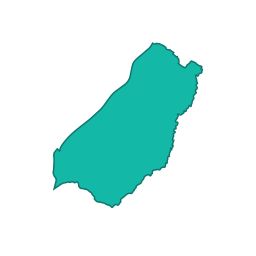 outline of Cornu, Prahova, Romania, rotated 62°
{"feature_id": "2599482B24728633009802", "entity_name": "Cornu", "entity_type": "district", "adm_level": 2, "iso_a3": "ROU", "parent_name": "Romania", "parent_adm1": "Prahova", "projection": "robinson", "projection_center": [25.708, 45.167], "detail": "fine", "context": "isolated", "style": "filled", "palette": "teal", "viewbox_px": 256, "rotation_deg": 62, "n_neighbors": 0, "source": "geoboundaries", "source_scale": "gbopen_adm2", "svg_char_len": 5719}
<svg xmlns="http://www.w3.org/2000/svg" viewBox="0 0 256 256"><g transform="rotate(62 128 128)"><path d="M179.4,113.0L178.4,112.4L177.8,112.1L177.5,111.6L176.8,111.3L176.7,111.2L177.3,110.3L177.3,110.1L177.1,109.8L176.4,109.3L175.7,109.0L175.4,108.8L173.9,107.4L172.9,107.0L172.7,106.9L172.3,106.2L172.3,105.7L172.4,105.2L172.4,104.8L172.2,104.7L171.4,104.4L170.5,103.7L169.6,103.1L168.6,101.8L167.6,100.7L167.6,100.4L167.7,100.2L167.7,99.9L167.6,99.7L167.4,99.6L167.1,99.6L166.6,100.1L166.4,100.1L166.0,100.0L166.0,99.8L166.0,99.6L166.4,99.1L166.4,98.4L165.8,97.5L165.3,97.0L165.1,96.7L164.7,96.5L164.4,96.4L164.2,96.5L164.2,96.8L164.1,97.0L163.9,97.1L163.7,97.0L162.9,95.9L161.5,94.7L161.2,94.1L160.7,93.7L160.4,93.6L160.2,93.4L160.0,93.8L159.8,94.2L159.3,94.2L158.9,94.1L158.2,93.4L156.9,91.8L156.5,91.5L156.3,91.3L155.4,91.2L154.9,91.1L154.6,90.6L154.5,90.1L154.3,89.9L154.3,89.1L154.0,88.6L153.8,88.4L153.6,88.3L153.4,88.2L153.1,88.4L152.9,88.8L152.7,88.9L152.3,89.0L151.6,88.6L150.9,88.1L150.7,87.6L150.7,87.2L150.9,86.7L151.2,86.4L151.2,86.1L151.1,85.9L150.5,85.6L148.9,85.1L148.7,84.9L148.6,84.7L148.7,83.9L148.6,83.5L148.1,82.6L147.2,81.8L146.8,81.5L146.0,81.6L145.9,81.7L145.8,82.3L145.7,82.5L145.3,82.8L145.0,82.9L144.7,82.9L144.1,82.8L143.9,82.7L143.7,82.3L142.8,80.7L142.6,80.1L141.3,78.6L140.9,78.2L140.4,77.9L139.3,77.7L139.2,77.5L139.4,77.2L140.5,76.3L141.0,75.8L141.1,75.2L141.3,74.2L140.9,73.5L141.0,72.6L140.8,71.7L140.6,71.4L139.4,70.7L139.6,70.2L140.2,69.9L140.4,69.4L140.4,69.1L140.1,68.6L138.6,67.2L138.6,66.2L138.3,65.1L138.0,64.8L137.4,64.1L137.1,63.6L137.1,63.3L137.2,63.1L137.8,62.8L138.3,62.6L138.4,62.4L138.3,62.1L137.6,61.5L136.7,60.7L136.5,60.3L136.1,59.9L135.4,59.5L134.8,58.8L134.2,58.3L133.4,57.1L133.0,56.1L131.0,55.4L130.5,55.2L130.2,54.8L129.7,53.9L129.5,53.2L129.3,52.4L129.2,51.7L128.7,51.1L128.3,51.0L127.7,51.3L126.6,50.9L126.3,50.7L126.1,50.5L126.0,50.2L125.9,48.9L124.9,47.9L124.6,47.8L123.3,47.9L122.7,48.0L122.3,48.0L121.9,47.8L121.7,47.6L121.5,46.3L121.3,46.0L121.1,45.7L120.1,45.5L119.7,45.6L119.2,45.7L118.4,45.1L117.7,44.8L115.3,44.3L113.7,43.7L113.3,43.4L113.1,43.0L113.2,42.8L113.5,42.7L114.7,42.3L114.9,42.1L114.8,41.6L114.6,41.1L113.8,40.4L113.5,39.9L113.4,39.4L113.7,38.5L113.8,37.9L113.8,37.4L113.7,37.0L113.3,36.6L112.4,36.0L111.7,35.2L111.2,34.9L110.7,35.0L110.3,35.6L110.1,35.8L109.9,35.7L109.3,35.0L108.8,34.1L108.3,34.1L107.9,34.3L107.1,35.1L106.9,35.5L105.9,36.2L103.5,37.5L102.3,37.7L99.7,39.6L99.2,40.3L98.7,40.6L98.7,41.0L98.8,41.6L98.9,41.9L99.7,43.2L100.1,46.1L100.4,46.7L101.3,47.9L101.4,48.2L101.5,48.6L101.4,49.4L101.1,49.5L100.5,50.4L99.4,50.9L98.7,51.5L94.9,53.0L94.7,53.2L94.6,52.9L94.1,52.6L93.7,52.1L93.1,51.6L91.9,51.4L91.4,51.1L90.5,51.0L90.3,51.0L89.7,51.3L88.6,51.5L88.1,51.1L87.9,51.7L87.7,52.0L86.9,52.2L85.4,53.0L84.7,53.1L83.7,53.6L83.2,52.9L82.9,52.2L82.4,52.4L81.1,53.2L80.4,53.5L79.8,53.7L78.7,54.3L78.5,54.5L78.3,55.1L78.1,55.4L77.1,56.6L76.3,57.1L76.0,57.2L74.9,56.8L74.6,56.9L73.6,57.2L71.9,58.1L70.6,59.0L69.7,59.8L68.3,60.8L68.1,61.0L68.1,61.3L68.0,61.5L67.7,61.8L67.4,62.3L66.9,62.8L66.5,63.6L66.4,63.8L66.6,64.4L66.7,64.6L66.6,64.8L65.9,65.6L64.6,66.5L65.5,67.8L66.4,69.2L67.2,71.0L67.7,72.6L68.8,77.8L69.7,81.5L70.3,84.8L71.2,88.5L71.9,90.5L72.5,91.9L73.7,93.5L74.5,94.4L78.2,97.6L82.7,101.3L83.3,101.7L84.4,102.9L85.0,103.5L86.3,105.4L87.1,106.9L87.3,107.5L87.9,109.2L88.2,111.0L88.7,114.3L89.9,122.3L90.3,124.1L90.7,125.4L91.7,128.0L93.5,131.9L96.3,137.6L97.5,140.2L98.6,143.0L98.9,143.9L100.4,149.8L102.2,156.8L102.9,160.3L104.9,171.5L106.1,177.5L107.0,181.0L108.0,184.4L109.4,188.2L110.0,189.8L111.0,192.1L112.4,194.9L113.7,196.8L114.2,197.4L116.3,199.2L115.1,199.6L113.2,200.2L114.9,204.1L115.5,205.1L117.1,206.3L121.4,208.1L129.9,213.2L132.0,214.9L133.6,215.4L136.0,215.7L137.6,215.4L139.5,215.4L141.2,216.5L147.1,221.9L146.2,213.9L146.3,213.0L146.1,212.1L146.2,211.2L146.3,210.5L146.7,209.7L147.1,208.2L147.3,207.0L147.5,206.4L147.8,205.7L148.7,205.0L148.9,204.5L149.0,203.6L148.9,203.0L149.0,202.7L149.4,202.2L151.1,201.0L151.3,200.7L151.4,200.4L151.4,199.3L151.4,198.9L151.5,198.6L151.8,198.2L152.2,198.0L152.7,197.9L153.5,197.9L154.9,198.2L156.0,198.6L156.5,198.8L157.0,198.8L158.0,198.6L158.9,198.3L160.2,196.4L161.6,195.0L162.1,194.3L162.5,193.5L163.2,193.0L164.4,192.4L166.1,191.8L167.2,191.1L168.5,190.7L169.8,190.8L171.4,190.4L172.2,190.2L173.0,190.0L173.3,190.0L173.6,190.0L173.9,190.2L174.3,190.7L174.6,190.9L175.2,191.0L175.8,190.9L177.4,190.4L178.4,189.9L179.3,189.1L179.9,188.3L179.8,188.1L179.9,187.7L180.4,187.3L180.6,187.0L181.2,186.5L183.0,184.5L184.3,183.5L185.9,182.4L186.5,182.1L186.7,181.8L186.8,181.1L187.0,180.9L187.2,180.7L190.2,179.6L190.5,179.3L190.6,178.9L190.5,178.4L190.3,177.9L190.0,177.3L189.6,176.0L189.5,175.5L189.9,174.6L191.3,173.2L191.4,172.4L191.0,171.6L190.3,170.4L190.1,169.7L189.8,169.1L189.4,168.8L188.0,168.3L187.6,168.1L187.5,167.8L187.4,166.7L187.1,166.1L187.0,165.7L187.0,164.4L186.5,162.9L186.1,160.6L185.9,159.4L186.0,158.2L186.3,157.5L187.3,155.8L187.4,155.1L187.2,154.5L186.9,154.1L186.4,153.5L186.1,153.1L186.1,152.4L186.1,152.0L185.4,151.5L184.6,149.3L184.2,148.8L183.5,148.2L183.1,147.8L182.9,147.2L182.8,143.3L182.6,142.3L182.4,141.8L182.0,141.4L181.1,140.5L180.9,140.1L180.7,139.2L180.5,138.6L179.8,137.5L178.7,136.6L178.6,135.9L178.4,133.6L178.7,132.5L179.1,131.5L180.5,131.0L180.8,130.4L180.7,130.1L180.0,129.3L179.7,128.8L179.6,127.9L177.9,126.9L177.4,126.3L177.3,126.0L177.2,125.6L177.3,124.9L178.0,123.4L178.1,122.5L178.4,121.7L178.8,121.0L179.6,120.1L179.8,119.7L179.8,119.4L179.7,119.1L178.9,117.5L178.8,116.7L178.9,115.6L179.3,115.1L179.7,114.6L179.8,114.4L179.9,114.2L179.8,113.9L179.4,113.0Z" fill="#14b8a6" stroke="#0f766e" stroke-width="1.5"/></g></svg>